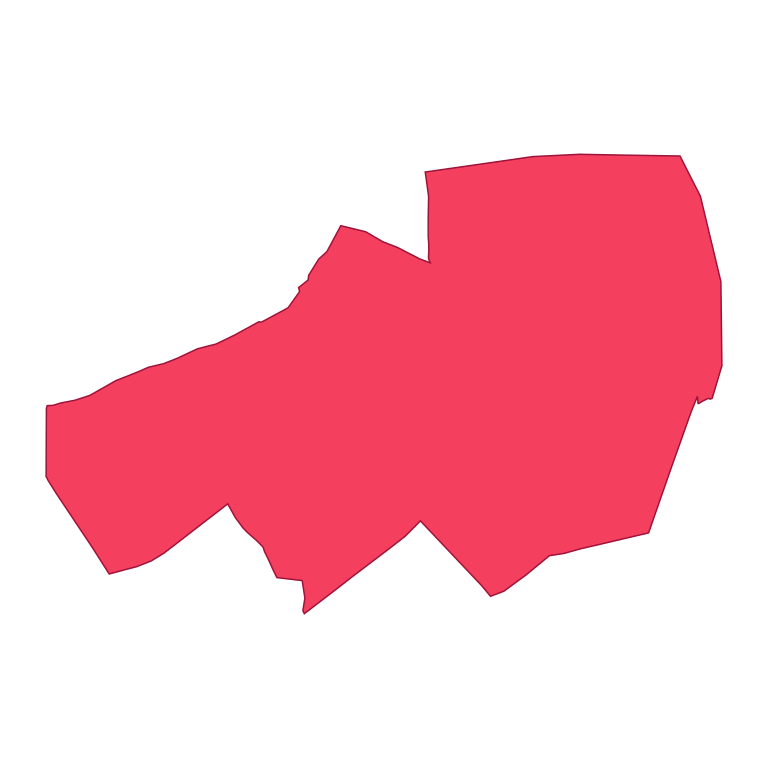 San Andrés Dinicuiti, Oaxaca, Mexico
{"feature_id": "50627088B73499438773717", "entity_name": "San Andrés Dinicuiti", "entity_type": "district", "adm_level": 2, "iso_a3": "MEX", "parent_name": "Mexico", "parent_adm1": "Oaxaca", "projection": "orthographic", "projection_center": [-97.707, 17.699], "detail": "fine", "context": "isolated", "style": "filled", "palette": "rose", "viewbox_px": 768, "rotation_deg": 0, "n_neighbors": 0, "source": "geoboundaries", "source_scale": "gbopen_adm2", "svg_char_len": 1451}
<svg xmlns="http://www.w3.org/2000/svg" viewBox="0 0 768 768"><path d="M425.2,172.0L425.8,175.8L428.6,196.5L428.2,219.0L428.2,236.7L428.7,243.5L428.8,250.7L428.7,252.6L428.5,257.4L428.7,259.2L430.2,262.8L419.7,258.9L397.6,247.5L382.5,241.6L365.8,231.8L340.8,225.7L326.9,251.6L318.8,259.0L308.7,275.2L308.1,280.0L298.6,287.6L299.6,291.6L288.1,307.7L285.5,309.2L261.1,322.3L259.0,321.7L234.1,335.3L215.9,344.1L209.0,345.8L197.7,348.7L184.4,354.9L177.7,358.1L163.5,363.7L148.3,367.3L136.4,372.5L115.9,380.6L89.6,395.5L74.7,400.3L60.6,403.0L52.9,405.4L47.2,405.6L46.4,408.2L46.1,476.5L47.8,479.8L48.0,480.3L49.2,482.2L53.6,489.2L56.7,494.1L92.4,547.6L109.2,574.0L124.2,569.9L128.1,568.9L136.6,566.7L146.5,562.8L151.1,561.0L164.0,553.1L183.0,538.5L192.5,531.1L201.0,524.5L218.0,511.4L227.7,503.9L235.4,517.7L242.8,527.7L247.3,532.4L256.0,540.0L263.0,547.0L264.6,551.8L268.2,559.0L270.2,563.4L271.3,565.9L272.4,568.4L276.9,577.6L302.2,580.6L304.9,598.1L302.9,610.6L304.3,613.7L315.4,605.2L333.3,591.5L347.3,580.6L352.7,576.4L386.8,550.5L402.8,538.1L405.4,536.0L420.4,520.9L481.8,585.8L490.5,596.3L503.9,591.2L526.1,574.9L549.4,555.7L564.2,553.4L579.8,549.0L648.6,532.9L657.4,507.5L672.2,465.1L691.1,412.0L697.4,396.4L698.0,403.4L698.9,403.5L701.9,401.5L708.2,398.4L710.1,399.1L712.1,398.4L715.0,388.9L721.9,365.8L720.9,281.7L700.4,196.2L680.0,156.0L623.6,155.1L579.7,154.3L532.8,156.6L425.2,172.0Z" fill="#f43f5e" stroke="#9f1239" stroke-width="1.5"/></svg>